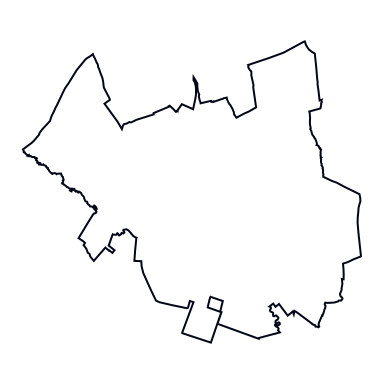 outline of Erbiceni, Iasi, Romania
{"feature_id": "2599482B88685264403288", "entity_name": "Erbiceni", "entity_type": "district", "adm_level": 2, "iso_a3": "ROU", "parent_name": "Romania", "parent_adm1": "Iasi", "projection": "orthographic", "projection_center": [27.214, 47.273], "detail": "fine", "context": "isolated", "style": "outline", "palette": "ink", "viewbox_px": 384, "rotation_deg": 0, "n_neighbors": 0, "source": "geoboundaries", "source_scale": "gbopen_adm2", "svg_char_len": 5854}
<svg xmlns="http://www.w3.org/2000/svg" viewBox="0 0 384 384"><path d="M76.6,70.2L68.0,84.2L67.7,84.4L65.3,87.9L63.5,91.3L57.1,104.9L55.6,107.6L54.2,110.9L51.9,115.4L51.2,117.0L50.0,121.0L42.3,129.3L39.8,132.6L39.3,133.5L39.2,134.5L34.0,140.7L31.4,143.1L23.0,149.3L23.7,150.8L23.6,152.0L23.8,152.3L24.6,152.2L25.4,153.5L27.1,154.9L27.2,155.8L27.9,156.1L28.2,156.1L28.3,155.4L29.0,154.9L29.2,155.4L30.0,156.3L30.8,156.1L32.1,157.1L34.6,157.0L34.8,157.3L35.0,158.1L36.3,158.0L36.8,158.2L36.9,158.5L36.0,159.8L36.0,160.2L37.3,161.0L37.1,162.6L37.6,162.8L38.3,162.5L38.7,162.6L38.6,163.9L38.9,164.5L39.4,164.5L39.8,163.0L40.0,163.0L40.5,163.4L40.5,164.2L40.8,164.6L41.7,164.9L42.6,164.8L43.4,164.4L44.1,165.2L45.7,165.7L45.9,165.9L45.9,166.6L46.8,167.1L47.0,167.8L48.0,168.1L48.0,169.3L48.6,169.7L49.6,171.5L51.9,173.7L52.4,173.9L52.6,173.3L53.2,173.4L54.4,173.1L55.3,173.2L56.5,174.1L56.7,173.8L61.0,173.5L61.2,173.9L61.3,174.7L61.8,175.3L61.7,175.7L62.0,176.2L62.9,177.0L62.8,177.6L63.3,178.4L63.3,179.1L63.6,179.8L62.9,180.3L62.8,180.5L63.2,181.1L63.1,182.0L62.0,183.3L62.1,183.5L63.6,184.1L64.0,184.7L65.8,185.8L66.9,187.0L68.1,187.4L68.8,188.2L70.9,188.9L71.0,189.2L71.0,189.5L70.0,190.5L70.7,191.1L71.5,191.4L71.9,190.1L72.5,190.0L72.4,189.7L71.8,189.0L72.0,188.6L73.0,188.9L74.3,188.9L74.9,190.7L75.7,191.6L76.0,191.6L76.4,190.9L77.4,191.3L77.9,192.3L78.3,192.6L78.8,192.4L79.1,191.7L79.5,191.8L81.0,192.9L81.9,194.8L83.8,196.7L84.0,197.9L85.4,201.3L87.1,201.8L87.4,202.4L87.3,203.2L87.5,203.6L88.5,204.7L89.4,205.2L90.1,206.4L92.2,206.6L92.5,206.7L93.1,207.6L94.2,208.2L94.5,208.1L94.6,207.7L94.5,207.1L93.9,206.1L94.2,205.6L95.4,206.4L96.0,207.2L96.7,208.8L95.8,209.0L94.7,208.7L94.4,209.1L96.1,210.9L96.4,211.8L96.3,212.5L95.6,212.7L95.1,213.3L93.7,213.7L93.4,214.0L89.6,220.0L78.6,238.1L83.9,241.8L85.0,243.0L83.6,245.2L85.0,246.9L86.5,249.1L87.8,252.7L89.6,254.0L90.3,256.6L93.8,260.9L105.4,247.6L109.0,250.6L109.2,250.4L112.4,252.9L114.5,250.2L108.7,245.6L112.7,234.3L113.2,234.6L116.1,234.8L116.9,234.2L117.0,233.6L117.4,233.2L118.0,233.6L118.8,235.3L119.3,235.4L121.1,234.2L121.6,233.0L122.1,233.0L123.2,233.5L124.4,232.6L124.3,232.0L123.5,231.0L123.3,230.4L123.5,229.8L126.4,229.3L128.3,230.3L131.0,233.2L131.3,233.9L132.3,234.6L132.9,235.7L133.4,236.1L135.5,237.4L136.5,237.7L136.3,238.2L135.1,250.8L134.4,260.9L141.3,261.2L141.6,266.3L143.3,273.1L151.0,290.2L156.0,300.6L159.4,302.2L171.8,305.1L186.8,308.2L187.6,308.1L188.0,307.6L189.9,301.0L193.5,302.2L182.2,332.6L182.2,333.0L182.3,333.2L210.9,342.6L221.3,312.2L207.7,307.4L209.6,299.2L210.5,296.8L222.8,301.0L220.2,311.6L221.5,312.1L217.5,323.8L258.8,338.8L258.9,338.0L259.2,337.9L279.9,332.4L278.1,330.4L278.6,328.6L278.0,327.5L276.1,326.5L275.3,325.7L274.9,325.1L275.1,324.7L275.6,324.7L277.0,325.4L278.6,325.1L279.7,324.4L279.8,323.3L279.2,322.5L278.4,322.4L277.4,323.1L276.1,323.3L275.6,322.8L275.5,322.3L275.6,321.0L275.8,320.6L277.8,319.5L278.4,317.8L278.3,317.5L277.0,316.3L276.4,315.5L275.6,315.5L274.1,316.3L273.3,316.1L273.1,315.1L273.1,312.8L272.6,312.4L270.5,311.6L270.1,310.8L270.0,310.0L270.8,308.7L270.9,307.6L270.2,306.8L269.4,306.5L273.2,303.6L275.5,306.8L279.0,304.0L287.7,315.6L292.8,311.5L293.8,314.3L294.5,310.9L297.1,312.5L312.5,324.0L312.5,324.3L315.0,325.2L315.5,326.6L316.9,326.6L318.3,327.3L319.2,326.7L318.7,325.0L318.6,324.3L319.1,322.4L322.1,315.4L322.5,315.6L323.9,311.8L324.5,309.4L325.2,307.9L325.5,306.3L325.3,305.5L324.7,304.3L325.2,302.7L328.1,302.9L333.4,302.6L335.3,302.3L338.2,301.3L338.9,300.5L341.1,300.5L342.2,299.4L342.5,298.7L342.2,297.7L340.5,296.1L340.0,294.4L340.1,293.6L341.4,290.5L341.7,289.3L341.5,288.6L342.4,283.9L341.9,279.0L343.6,279.3L343.7,274.5L343.5,269.3L343.0,263.6L347.8,262.1L353.8,259.2L361.0,256.4L358.4,232.5L357.6,223.0L357.7,218.0L358.3,211.6L358.5,208.4L359.0,205.8L360.4,201.3L360.3,200.3L360.3,198.4L359.5,194.2L344.8,187.0L336.8,182.7L332.1,181.0L323.3,176.8L323.4,176.4L323.2,175.3L323.4,174.8L323.4,174.0L322.9,172.8L323.1,169.7L322.5,168.7L322.6,168.1L322.8,168.0L322.8,167.5L322.0,165.9L321.5,165.4L321.7,164.0L321.0,162.3L321.0,160.7L321.2,159.5L320.8,158.5L320.7,157.7L321.2,157.4L320.7,157.0L320.8,155.9L320.4,155.1L320.6,154.7L320.7,153.1L320.5,152.5L320.7,151.0L321.1,149.5L320.7,149.1L320.2,149.1L319.6,148.4L319.9,147.9L319.0,147.1L318.7,146.1L317.4,145.2L316.6,145.1L317.0,143.9L316.0,140.5L315.1,138.5L314.6,138.3L313.9,136.7L312.3,134.7L311.3,131.0L310.2,129.0L310.7,128.2L310.0,124.5L309.9,121.2L310.1,118.3L309.7,112.9L309.3,111.5L320.5,108.4L321.2,104.5L321.1,103.2L321.6,102.8L321.8,102.2L321.4,100.7L321.7,99.8L319.6,100.5L318.5,90.8L317.6,84.6L317.6,81.7L317.2,79.1L316.3,68.0L314.8,53.6L311.7,51.7L308.9,49.5L307.4,47.4L306.0,44.9L304.8,41.4L302.7,42.3L283.5,52.7L269.3,57.9L248.1,65.0L248.4,65.5L248.5,66.0L248.2,66.9L248.6,68.0L249.9,70.1L251.0,71.1L251.4,72.0L251.3,75.3L253.4,84.6L253.5,85.6L253.2,87.1L256.1,107.4L248.9,111.5L244.1,113.6L236.4,117.7L235.0,115.5L234.1,114.5L233.8,112.1L232.2,108.3L230.2,104.9L229.3,104.0L228.2,102.0L227.1,99.5L226.7,97.6L223.6,98.3L223.4,98.5L213.4,101.9L213.4,101.4L211.3,101.8L211.1,100.9L210.8,100.9L200.6,103.3L200.2,101.4L199.7,100.4L198.9,96.6L199.2,94.4L198.1,91.9L197.8,90.8L197.3,86.1L197.3,83.5L196.0,81.1L193.6,77.2L193.5,80.1L194.8,82.3L195.8,86.4L196.0,89.1L196.0,93.3L195.9,95.3L195.3,98.9L193.1,109.2L181.9,104.2L177.8,109.9L177.6,111.4L176.6,111.0L176.1,111.8L175.7,111.8L173.8,109.5L169.7,105.7L168.9,106.1L169.2,106.6L153.6,113.1L153.7,114.4L136.5,119.8L131.4,122.3L130.1,122.3L129.5,122.0L126.6,123.6L124.3,124.0L123.9,124.2L122.9,125.9L121.9,129.1L117.5,121.6L104.5,103.7L109.8,99.9L109.9,99.7L109.3,98.0L104.1,88.1L103.8,87.2L103.0,80.5L102.2,77.3L100.5,73.2L99.0,68.7L98.2,67.2L97.9,65.1L97.6,64.1L96.5,62.3L94.9,58.3L93.8,56.5L92.9,54.1L90.8,55.8L86.7,58.4L85.3,59.6L76.6,70.2Z" fill="none" stroke="#020617" stroke-width="2"/></svg>